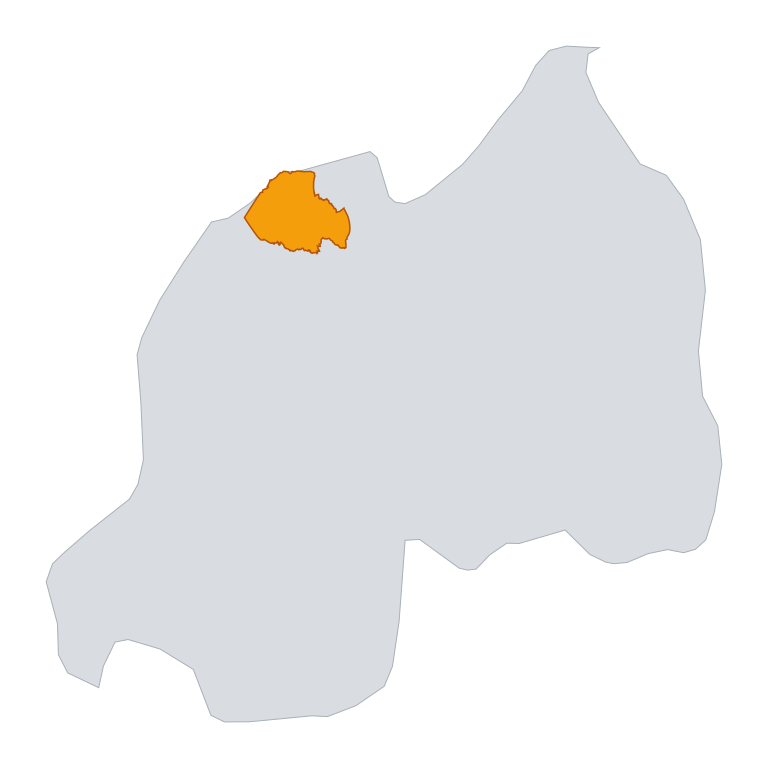 Musanze, Northern, Rwanda (highlighted)
{"feature_id": "39286606B17052688720067", "entity_name": "Musanze", "entity_type": "district", "adm_level": 2, "iso_a3": "RWA", "parent_name": "Rwanda", "parent_adm1": "Northern", "projection": "natural_earth1", "projection_center": [29.637, -1.492], "detail": "fine", "context": "in_parent", "style": "filled", "palette": "amber", "viewbox_px": 768, "rotation_deg": 0, "n_neighbors": 0, "source": "geoboundaries", "source_scale": "gbopen_adm2", "svg_char_len": 6874}
<svg xmlns="http://www.w3.org/2000/svg" viewBox="0 0 768 768"><path d="M286.9,171.8L297.9,171.5L370.0,151.6L377.2,157.8L388.9,196.6L395.0,202.2L405.1,203.6L425.3,194.7L462.5,164.4L478.7,146.0L497.8,120.1L522.2,90.9L535.7,65.4L549.1,50.5L566.5,46.1L585.8,47.2L599.2,47.7L588.1,53.8L585.9,72.4L598.5,102.3L640.0,163.9L666.3,175.3L683.6,199.2L700.4,239.7L705.4,290.2L698.4,351.0L702.6,396.2L717.8,425.9L721.8,464.3L714.5,511.6L705.8,539.9L695.4,549.3L683.6,552.7L667.6,549.6L648.2,553.6L627.0,562.5L613.7,563.7L605.4,562.0L589.8,554.4L565.1,530.0L519.1,543.5L506.7,543.2L489.8,554.8L476.1,569.1L467.7,570.1L459.2,568.2L419.6,539.4L405.1,540.3L399.1,621.3L392.5,666.2L384.3,686.2L356.0,705.6L327.4,716.6L311.8,715.8L249.0,721.8L224.4,721.9L210.9,715.3L193.3,669.4L160.0,649.0L128.0,639.5L115.0,642.1L103.4,666.1L98.7,687.7L67.7,672.9L58.4,654.7L57.5,623.9L46.2,581.8L52.5,563.8L64.6,552.2L90.4,529.9L129.5,499.1L137.9,484.4L143.4,459.9L140.9,402.9L137.1,354.7L141.8,337.6L159.6,300.4L183.6,262.3L211.5,222.0L228.3,218.1L250.4,202.9L273.8,180.3L286.9,171.8Z" fill="#d9dde1" stroke="#a8b0b8" stroke-width="1"/><path d="M307.5,251.0L307.6,250.7L307.9,250.7L308.0,250.5L308.5,250.2L308.6,249.9L308.9,249.9L309.2,250.1L309.3,250.4L309.6,250.7L309.5,251.0L309.8,250.9L309.7,251.1L309.8,251.2L310.0,251.1L310.2,251.5L310.3,251.5L310.3,252.2L310.6,252.6L311.1,252.5L311.4,252.9L311.6,252.8L312.5,253.3L313.3,252.8L313.5,252.6L314.4,252.8L314.8,252.6L315.9,252.7L316.4,252.6L316.8,252.7L317.0,253.5L317.5,253.0L317.6,251.9L317.5,251.6L317.1,251.5L317.1,251.0L317.5,251.1L317.8,251.3L318.0,251.1L318.6,251.3L318.9,251.1L319.5,251.2L319.2,250.1L318.8,249.7L318.4,249.7L318.4,249.1L318.0,248.0L317.8,247.9L318.0,247.0L318.0,246.7L317.9,246.3L317.6,246.0L318.3,246.0L318.9,246.3L319.7,246.5L320.3,246.4L320.3,246.1L320.1,245.6L320.0,245.1L319.4,244.4L319.2,244.1L320.4,243.8L320.9,243.3L321.0,242.7L321.0,242.1L321.2,241.9L321.1,241.6L321.2,241.3L321.0,240.3L321.2,239.5L321.3,239.3L321.9,238.9L322.6,238.2L322.8,237.7L323.3,237.9L323.8,238.5L324.3,238.8L324.6,238.7L324.8,238.8L325.5,238.7L325.8,238.8L326.0,238.6L326.6,238.9L327.1,239.0L327.5,238.8L328.8,238.4L329.4,238.5L329.8,239.0L330.2,239.7L331.5,240.6L332.4,241.0L332.8,241.6L333.0,242.5L333.6,242.6L333.9,242.8L334.6,244.1L336.2,245.1L337.5,244.9L337.7,245.3L338.0,245.4L338.2,245.6L338.3,245.5L339.0,246.7L339.5,246.9L339.7,247.2L339.8,247.6L340.4,248.0L341.0,247.9L341.6,248.0L341.8,248.0L342.0,247.8L342.2,248.0L342.3,247.8L342.6,247.8L342.8,247.7L343.1,247.8L343.3,248.0L343.4,247.9L343.6,247.8L343.6,247.7L344.2,247.6L344.4,247.8L344.7,248.3L345.0,248.0L345.3,248.0L345.5,247.7L345.9,247.6L345.9,247.2L346.0,247.1L345.9,246.5L346.0,245.5L345.9,244.5L345.8,244.1L346.0,243.6L345.8,243.3L345.8,242.9L345.6,242.7L345.7,241.5L345.5,240.8L345.6,240.3L345.9,239.7L347.0,239.2L347.1,238.8L346.9,238.2L346.9,237.7L347.4,236.7L347.8,235.9L348.4,235.2L348.7,234.5L349.3,233.0L349.8,230.4L349.9,228.8L349.7,224.8L349.3,222.0L348.2,217.4L347.2,215.0L345.6,211.7L345.1,210.9L344.9,210.3L344.5,209.6L343.8,208.4L343.8,208.2L342.2,209.5L341.7,209.9L341.7,210.1L341.2,210.3L340.2,211.2L339.0,211.5L336.4,212.5L336.1,209.7L335.8,209.2L335.3,208.7L335.2,208.7L335.0,208.4L334.4,208.7L334.0,208.5L333.6,206.9L333.2,206.5L332.8,206.2L332.7,205.6L332.2,205.4L331.8,205.2L331.7,204.9L331.8,204.6L331.8,204.3L331.6,204.1L331.4,204.1L331.4,203.9L331.2,203.8L331.2,203.6L330.8,203.6L330.7,203.8L329.9,203.3L329.7,203.4L329.6,203.0L329.1,202.8L329.0,202.1L328.8,202.0L328.8,200.8L328.6,200.6L328.4,200.6L328.0,200.3L327.6,199.9L327.4,199.5L326.8,198.9L326.6,199.1L326.4,199.0L326.1,199.7L325.6,199.5L325.5,199.4L325.4,199.4L325.3,199.5L325.2,199.6L324.9,199.7L324.7,199.9L323.7,200.2L323.3,200.4L322.8,199.8L322.9,199.7L322.3,199.6L321.9,199.1L321.5,198.9L321.3,198.5L321.1,198.6L320.6,198.3L320.4,198.6L320.2,198.4L319.6,198.9L319.3,198.7L319.0,198.2L319.0,197.8L318.9,196.8L318.5,194.4L318.0,194.5L317.3,194.7L316.6,195.0L316.1,195.0L316.0,195.3L315.7,195.6L314.8,196.0L314.8,195.7L314.7,194.9L314.6,194.6L314.4,193.8L314.5,193.3L314.5,193.0L314.1,192.5L314.3,192.2L314.1,191.6L314.0,191.3L313.8,190.6L313.9,190.3L313.7,189.7L313.6,186.8L313.4,186.3L313.6,185.4L313.6,184.7L313.7,183.1L313.5,182.9L313.5,182.4L313.7,181.4L313.9,181.2L314.0,180.8L313.9,180.1L314.1,178.9L314.1,178.3L314.5,177.7L314.5,177.4L314.7,177.0L314.8,175.5L314.5,175.1L314.4,174.5L314.4,174.0L314.6,173.8L314.5,173.5L314.3,173.1L313.8,172.7L313.1,172.3L312.1,172.1L310.6,171.4L309.7,171.4L308.7,171.6L307.5,171.5L304.7,171.7L303.8,171.7L300.8,171.3L299.9,171.3L298.9,171.1L297.9,171.0L296.5,171.2L295.5,171.6L294.0,171.8L293.4,171.7L292.8,171.8L292.2,171.5L291.6,172.2L291.0,173.3L290.3,173.6L290.1,173.6L289.0,172.8L288.6,172.3L288.2,171.9L287.7,171.8L287.1,171.7L285.9,171.4L285.1,171.5L283.8,171.3L283.4,171.4L282.9,171.8L282.3,172.5L281.9,172.7L280.9,172.8L280.5,172.6L280.3,172.6L279.8,173.3L279.1,173.9L278.9,174.3L278.5,174.5L277.5,175.4L277.2,176.2L276.9,176.6L276.1,177.3L275.2,177.9L274.2,178.7L272.5,179.7L271.7,179.7L271.2,179.8L271.1,180.5L270.9,180.7L270.7,180.7L270.0,180.2L269.8,180.2L269.7,180.6L269.7,180.8L269.5,182.0L269.0,182.8L268.7,183.9L268.2,184.4L267.9,185.6L267.3,186.2L268.4,186.8L267.9,187.7L267.5,188.1L266.4,188.7L263.2,189.7L263.0,189.9L262.7,190.5L262.5,191.7L262.6,192.2L262.3,192.2L261.4,192.5L261.0,192.5L260.4,192.7L259.9,193.1L259.7,193.5L259.7,194.3L259.1,194.5L258.5,195.9L257.5,197.1L256.1,199.2L244.4,217.6L249.3,225.1L255.8,234.3L257.7,236.8L258.7,237.9L260.1,239.1L260.2,239.4L260.9,239.9L261.6,240.0L262.5,239.9L263.5,240.0L263.8,239.3L267.6,241.4L268.0,241.9L268.3,242.0L269.3,242.5L270.1,242.8L270.6,243.1L271.1,243.3L272.2,243.1L272.8,242.8L273.0,243.0L273.1,243.3L273.2,243.6L274.0,244.1L274.2,243.5L274.1,243.4L274.6,242.8L275.2,243.2L276.4,242.9L277.4,241.5L277.6,241.7L278.0,242.0L278.1,242.6L278.2,243.6L278.4,243.8L278.6,244.5L279.0,244.8L279.6,244.7L279.6,244.9L280.1,244.6L279.8,243.4L280.0,243.5L280.2,243.0L280.7,242.5L280.9,242.6L281.0,242.3L283.9,245.4L283.8,245.7L283.8,245.8L284.0,246.2L284.3,246.4L284.4,246.6L284.4,246.9L284.6,247.6L284.9,247.8L285.7,247.9L286.0,248.4L285.9,248.5L286.0,248.6L286.5,248.5L287.8,248.8L288.1,249.0L288.4,249.4L289.5,249.7L289.4,249.9L289.8,250.2L289.8,250.6L289.9,250.8L290.9,250.7L291.4,250.5L291.9,250.8L292.3,250.9L292.6,250.8L293.3,251.4L294.2,250.9L294.6,250.9L294.9,250.9L295.1,250.5L295.6,250.1L295.7,249.9L296.6,249.4L297.0,249.4L297.2,249.2L297.5,249.1L298.0,249.5L298.6,249.6L298.8,249.8L299.0,249.7L299.2,249.3L299.3,249.4L299.8,249.3L300.1,249.5L300.7,249.5L300.9,249.4L301.2,249.0L301.5,248.8L301.6,248.7L301.7,248.8L301.9,248.6L301.9,248.4L302.1,248.2L302.4,248.2L302.7,248.3L302.8,248.2L303.1,248.3L303.3,248.6L303.7,249.5L303.7,249.9L304.1,250.1L304.4,250.6L305.5,250.2L306.3,250.6L306.6,250.6L307.5,251.0Z" fill="#f59e0b" stroke="#b45309" stroke-width="1.5"/></svg>